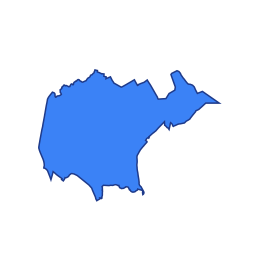 Orizaba, Veracruz, Mexico, rotated 155°
{"feature_id": "50627088B96459936323530", "entity_name": "Orizaba", "entity_type": "district", "adm_level": 2, "iso_a3": "MEX", "parent_name": "Mexico", "parent_adm1": "Veracruz", "projection": "natural_earth1", "projection_center": [-97.104, 18.859], "detail": "fine", "context": "isolated", "style": "filled", "palette": "blue", "viewbox_px": 256, "rotation_deg": 155, "n_neighbors": 0, "source": "geoboundaries", "source_scale": "gbopen_adm2", "svg_char_len": 5788}
<svg xmlns="http://www.w3.org/2000/svg" viewBox="0 0 256 256"><g transform="rotate(155 128 128)"><path d="M142.7,61.4L142.1,61.5L141.8,61.7L141.5,61.9L141.1,62.3L140.7,63.1L140.7,63.6L140.7,64.3L140.9,67.4L141.0,69.2L141.4,70.1L141.7,71.3L141.7,71.8L141.6,72.4L141.4,73.1L140.9,74.0L140.6,74.9L140.0,76.7L139.6,78.1L138.9,80.6L138.4,82.2L138.1,83.1L137.5,85.5L137.0,87.1L136.6,88.0L136.0,89.7L135.6,90.8L135.1,91.6L134.2,93.1L133.7,94.1L133.1,95.6L132.4,97.4L132.2,97.9L131.6,98.8L131.2,99.3L129.3,100.6L128.6,101.2L126.0,103.0L122.7,104.6L121.0,105.3L120.7,105.5L117.0,107.1L116.8,107.2L116.8,107.5L116.5,107.8L116.7,108.2L117.3,109.3L115.5,110.5L114.1,110.8L113.8,110.7L113.5,110.0L112.6,110.8L112.7,111.3L112.3,111.4L110.9,111.8L109.4,112.3L107.6,112.8L107.2,112.9L106.9,112.9L106.8,113.0L106.5,113.0L106.3,113.1L106.1,113.1L105.9,113.2L105.5,113.3L104.1,113.6L100.5,115.2L92.3,118.3L93.6,115.0L93.3,114.6L92.7,113.1L92.4,111.9L91.6,110.9L91.4,109.3L88.9,112.5L87.9,114.0L87.1,114.8L86.5,113.4L86.3,112.0L86.3,111.9L86.5,111.5L86.5,110.9L86.3,110.3L85.7,110.4L83.6,110.3L81.1,110.3L80.6,110.2L80.1,110.1L78.5,109.6L74.7,108.7L72.3,109.6L70.1,109.7L68.1,110.0L67.4,110.5L63.7,112.4L59.9,114.2L59.3,114.9L58.5,114.9L56.0,114.9L47.0,117.7L34.8,112.0L45.1,129.7L50.5,130.0L50.7,134.0L50.6,137.2L51.4,139.5L53.0,141.2L54.8,142.3L55.4,143.8L56.0,146.3L56.4,148.4L56.9,150.1L57.5,153.8L57.4,155.4L58.0,157.7L59.4,159.2L65.4,159.0L66.5,158.3L67.8,145.1L69.6,142.5L76.2,141.9L81.2,138.6L88.4,141.4L88.4,141.6L88.5,142.1L88.5,142.3L88.5,142.8L88.4,143.0L88.3,143.4L88.6,146.7L88.9,150.4L89.4,156.3L89.6,158.1L89.9,160.0L90.3,163.0L90.3,163.4L94.1,162.6L97.4,162.9L100.2,163.0L100.3,162.9L100.4,162.6L100.6,162.6L101.4,162.6L101.7,166.5L101.8,167.7L101.8,169.0L103.3,168.9L104.0,168.8L105.0,168.7L106.2,168.6L108.4,168.4L109.7,168.3L110.5,168.2L112.8,168.0L113.4,168.0L114.1,167.9L114.6,167.9L115.4,167.8L116.9,167.9L121.8,174.7L121.8,175.2L121.9,176.1L122.2,177.8L122.3,181.8L124.7,181.9L127.1,182.0L126.8,182.4L126.2,183.6L128.0,185.0L127.7,185.6L126.9,187.1L128.8,188.3L129.0,188.3L130.6,190.3L132.1,191.8L131.4,193.0L132.3,193.7L133.4,194.6L134.2,193.7L134.7,193.4L135.1,192.8L135.3,192.5L135.8,192.3L136.2,192.2L136.5,192.2L137.1,191.9L137.6,191.7L138.0,191.5L139.1,191.6L139.7,191.6L139.9,191.4L140.2,191.0L140.6,190.7L140.8,190.5L141.5,190.3L142.2,190.2L142.9,190.2L143.3,190.1L143.7,190.0L144.4,189.6L145.1,189.2L145.7,188.8L146.0,188.6L147.3,188.7L148.0,188.7L148.4,188.7L149.1,188.7L149.6,188.7L149.9,188.8L150.2,189.0L150.4,189.4L150.6,189.9L150.9,190.0L151.1,190.3L151.2,190.5L151.4,190.9L151.6,191.1L151.7,191.3L151.8,191.6L151.8,191.9L151.9,192.1L151.9,192.3L152.1,192.5L152.3,192.7L152.6,192.9L152.8,193.0L153.0,193.0L153.3,192.9L153.5,192.9L153.9,192.8L154.1,192.7L154.4,192.6L154.7,192.3L154.9,192.3L155.0,192.3L155.3,192.5L155.5,192.6L155.7,192.4L156.0,192.4L156.3,192.4L156.5,192.4L156.8,192.2L157.1,192.2L157.4,192.2L157.8,192.0L158.1,191.8L158.3,191.6L158.6,191.3L158.8,190.9L158.9,190.7L159.2,190.5L159.4,190.4L159.6,190.4L159.8,190.6L159.9,191.0L160.0,191.3L160.4,191.7L160.6,191.8L160.9,191.8L161.2,191.7L161.4,191.6L161.7,191.4L162.1,191.1L162.3,190.9L162.7,190.7L163.0,190.5L163.1,190.4L163.2,190.2L163.5,190.3L163.8,190.4L164.1,190.4L164.4,190.6L164.5,190.8L164.7,191.0L164.8,191.2L164.9,191.3L165.1,191.5L165.3,191.8L165.6,192.1L165.8,192.4L166.2,192.7L166.5,192.8L166.8,192.7L167.1,192.8L167.3,193.3L167.5,193.8L167.8,194.0L168.0,194.0L168.7,193.6L169.0,193.5L169.3,193.3L169.8,193.2L170.1,193.0L170.4,192.9L170.6,193.0L170.7,192.9L171.0,192.5L171.1,192.2L171.3,191.9L171.5,191.9L171.7,191.7L172.1,191.6L172.9,191.4L173.4,191.3L173.6,190.9L173.7,190.3L173.9,189.9L174.1,189.5L174.3,189.1L174.3,188.8L174.2,188.5L174.1,188.1L174.1,187.8L174.1,187.4L174.2,187.0L174.2,186.7L174.7,186.5L175.1,186.4L175.6,186.3L176.1,186.3L176.5,186.3L176.8,186.3L177.9,186.7L178.3,186.8L178.9,186.9L179.2,186.7L179.5,186.6L180.0,186.5L180.4,186.4L180.7,186.7L180.7,187.3L180.6,187.8L180.4,188.2L179.9,189.5L179.8,190.3L180.1,191.1L180.4,191.5L180.6,191.7L180.8,191.8L181.0,191.9L181.2,192.1L181.4,192.4L184.4,190.9L186.5,189.8L187.3,189.3L187.8,188.9L188.8,188.1L189.4,187.2L190.8,185.2L192.1,183.5L194.2,180.5L195.6,178.5L197.1,176.3L198.0,175.1L198.1,174.9L198.7,174.0L202.4,168.8L202.8,168.3L203.7,167.0L204.9,165.2L206.5,163.2L208.8,160.0L211.0,156.9L211.8,155.8L213.6,153.2L215.5,150.5L216.7,148.7L217.3,147.6L217.7,145.3L217.9,142.9L218.0,140.6L218.1,137.8L218.2,135.4L218.4,133.8L218.5,133.1L219.0,131.3L219.4,130.2L219.7,129.4L220.8,128.0L221.2,127.3L220.9,127.1L220.5,126.8L219.9,125.9L219.6,125.2L219.3,124.5L219.1,123.8L219.0,123.0L219.4,116.6L219.7,113.7L216.5,117.4L214.3,120.1L213.3,118.0L212.5,116.0L211.7,114.5L209.2,110.0L210.0,109.4L209.0,107.4L207.4,108.3L206.1,109.5L206.0,109.3L204.5,109.0L203.3,109.1L202.4,109.2L201.6,109.8L200.8,110.2L199.1,110.6L198.2,110.5L196.3,109.1L194.1,106.4L191.7,101.5L187.5,92.9L186.3,88.9L186.5,86.6L186.7,79.2L187.1,77.4L187.0,75.3L186.3,75.4L185.5,75.5L185.3,75.5L184.7,75.5L183.9,75.6L183.1,75.7L183.1,76.5L182.2,75.9L181.8,75.3L181.1,75.6L181.1,76.4L180.0,77.4L179.5,78.2L179.2,78.9L178.4,80.5L178.1,81.1L177.7,81.6L177.7,82.7L177.5,82.8L177.3,82.8L176.4,84.9L176.4,85.7L175.9,86.0L174.5,86.5L170.8,84.5L169.5,83.8L168.1,83.5L166.0,82.4L164.2,82.2L163.4,82.0L162.6,81.5L161.6,80.4L161.2,79.8L160.6,79.8L160.8,77.5L160.0,76.6L159.6,75.9L157.5,75.2L155.3,75.4L155.2,75.6L154.5,75.6L154.3,75.4L153.1,74.6L153.0,74.4L152.8,74.0L152.8,71.4L152.4,71.4L152.1,69.4L151.2,68.1L150.2,67.7L149.9,67.5L148.5,67.3L147.2,67.7L146.1,67.7L145.6,67.9L145.0,68.5L144.8,68.2L144.3,67.9L144.0,67.6L143.1,66.9L141.7,65.7L141.4,65.3L141.4,64.2L141.6,64.0L142.0,63.6L142.3,62.8L142.7,61.4Z" fill="#3b82f6" stroke="#1e3a8a" stroke-width="1.5"/></g></svg>